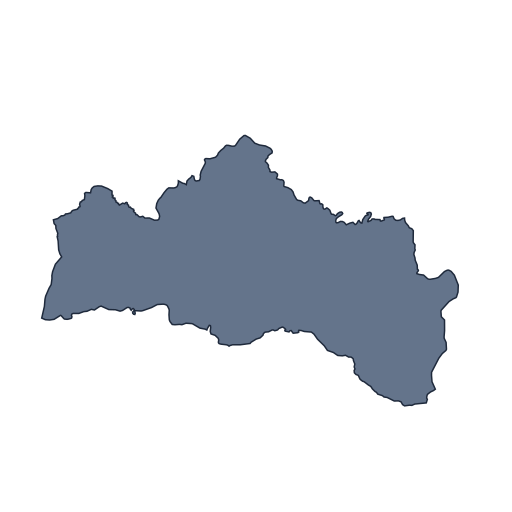 the district of Liquidoe, Aileu, East Timor, rotated 192°
{"feature_id": "22284137B83063719556593", "entity_name": "Liquidoe", "entity_type": "district", "adm_level": 2, "iso_a3": "TLS", "parent_name": "East Timor", "parent_adm1": "Aileu", "projection": "orthographic", "projection_center": [125.722, -8.733], "detail": "fine", "context": "isolated", "style": "filled", "palette": "slate", "viewbox_px": 512, "rotation_deg": 192, "n_neighbors": 0, "source": "geoboundaries", "source_scale": "gbopen_adm2", "svg_char_len": 6112}
<svg xmlns="http://www.w3.org/2000/svg" viewBox="0 0 512 512"><g transform="rotate(192 256 256)"><path d="M118.6,324.0L120.4,323.3L122.3,321.3L124.5,320.3L126.7,320.0L128.7,321.1L130.1,323.2L131.1,323.2L134.8,321.4L138.8,320.3L138.9,319.7L138.1,318.8L138.0,318.0L140.9,316.1L141.6,316.1L142.3,317.4L147.4,316.5L148.1,316.8L149.6,316.5L150.2,316.3L150.8,314.8L153.5,312.8L153.9,313.0L153.9,313.6L153.6,315.5L152.1,318.4L151.9,321.0L152.8,322.3L154.2,322.3L156.3,321.2L156.4,320.7L155.0,319.9L155.0,319.4L156.6,318.7L157.5,317.8L159.1,313.9L159.3,310.2L160.3,310.2L161.0,310.6L162.6,312.2L163.2,311.8L164.1,309.0L165.0,307.7L165.6,307.4L168.2,309.1L171.0,307.7L174.2,305.3L176.7,307.2L178.6,307.7L180.5,307.4L182.8,305.6L184.3,305.2L184.9,305.7L185.4,307.2L185.2,309.3L183.6,311.4L180.7,314.1L180.0,315.5L180.7,316.5L181.7,316.8L183.3,316.2L185.2,314.3L185.8,312.6L186.8,311.9L188.9,312.8L190.8,312.6L191.4,313.1L193.3,316.1L195.2,317.2L196.7,317.8L198.2,316.3L199.0,316.0L199.9,316.4L200.7,317.7L201.3,320.0L202.6,320.7L203.9,320.3L204.4,320.6L205.8,323.3L210.0,322.2L210.9,322.3L213.6,324.5L215.3,324.9L215.9,324.5L216.2,323.6L216.1,321.1L218.9,317.9L220.8,317.9L223.7,319.3L226.7,319.2L228.0,319.7L231.5,323.6L233.1,326.4L235.3,328.3L239.0,329.5L242.9,329.8L243.4,330.3L243.9,334.0L244.9,335.5L246.6,336.0L247.9,335.6L251.9,335.9L252.1,337.1L251.7,338.9L252.0,340.5L252.7,341.0L255.0,342.2L258.2,341.2L259.9,341.5L260.2,342.9L262.3,345.2L262.7,347.4L264.6,349.2L266.4,350.2L266.6,351.0L266.2,352.8L264.9,354.7L265.1,356.2L263.9,358.0L261.7,360.2L261.9,361.9L263.3,363.5L264.6,364.3L269.5,365.6L275.7,365.3L280.7,366.1L286.1,370.0L291.5,371.7L292.8,371.3L296.2,366.9L299.0,360.0L299.9,359.0L302.3,358.4L305.8,358.5L307.8,358.2L308.8,357.3L310.1,354.7L312.4,351.9L314.2,348.9L314.6,346.6L316.1,344.2L321.3,341.5L325.3,340.9L326.3,340.0L326.4,339.3L325.1,337.5L324.9,336.1L327.3,327.4L327.4,323.6L326.9,322.3L326.7,319.6L327.1,318.1L330.1,316.9L331.4,317.2L332.3,318.4L333.4,321.0L335.3,321.3L336.0,319.3L337.7,317.4L339.1,315.0L339.0,311.3L341.2,312.0L342.7,311.9L347.6,313.4L347.1,311.1L347.3,308.5L347.8,307.2L349.3,306.0L350.7,305.4L355.5,304.5L357.0,302.8L359.1,298.8L361.3,293.4L362.0,292.6L363.2,290.2L364.0,286.6L363.8,282.1L359.6,277.2L358.5,274.8L358.6,271.9L359.6,270.7L362.7,269.9L368.2,271.0L372.5,270.0L375.0,271.3L377.1,270.2L378.5,270.1L381.0,271.7L382.2,271.5L382.7,272.8L384.9,274.0L385.2,274.5L384.8,275.2L385.4,275.7L385.4,276.2L387.9,276.7L389.1,277.7L390.0,277.3L390.8,277.8L391.2,279.2L392.6,279.7L392.8,281.0L393.3,281.4L394.0,281.5L394.7,280.9L395.2,279.8L397.4,280.0L400.2,277.4L400.9,277.8L401.4,278.9L402.0,278.6L403.3,279.7L403.9,279.5L404.4,280.2L404.5,281.0L405.7,281.7L405.9,283.2L406.6,283.3L407.6,282.8L408.1,283.8L408.8,283.9L408.3,285.0L408.5,285.6L409.5,285.7L410.3,289.5L415.0,291.1L421.6,292.3L425.3,291.7L428.8,290.4L430.3,288.6L431.0,286.8L431.0,283.4L435.6,282.8L436.7,281.6L435.9,279.3L435.6,275.5L437.5,274.2L438.0,272.8L439.1,272.3L439.3,270.0L438.4,268.0L438.6,267.4L439.6,266.9L439.6,266.1L440.3,265.3L440.3,264.7L444.4,262.7L445.5,261.6L446.2,259.7L449.0,258.2L451.1,257.5L451.6,256.2L453.0,255.3L454.8,254.8L457.7,251.4L461.7,249.3L460.2,245.7L458.2,244.3L457.4,241.3L454.6,237.0L454.6,235.2L454.1,233.8L454.5,233.5L452.7,229.6L450.3,221.0L448.3,217.4L445.9,214.7L450.5,206.3L451.7,198.4L451.6,194.4L450.9,191.6L450.4,185.5L451.7,181.5L453.4,173.0L453.4,169.8L452.5,162.6L452.7,150.7L448.8,149.9L444.5,150.5L440.3,152.1L434.9,157.3L434.2,157.2L430.8,154.7L430.1,154.5L427.6,154.8L426.3,155.3L423.8,156.6L423.4,157.2L423.5,158.6L424.2,159.5L424.1,160.8L423.7,161.3L422.9,161.8L417.3,163.0L412.9,165.8L409.8,166.8L406.0,169.6L402.8,169.6L398.8,173.8L397.1,174.8L388.8,173.0L382.3,174.2L377.5,173.8L375.2,175.0L371.4,178.8L370.0,179.2L368.4,178.9L367.9,177.9L366.8,177.0L366.0,178.6L365.3,179.1L364.0,178.4L364.0,177.2L365.0,175.5L364.7,174.4L363.6,173.6L362.4,173.6L362.2,174.7L363.0,176.6L362.9,177.4L357.0,178.3L355.4,179.0L347.4,183.9L342.5,188.0L336.8,189.6L335.1,189.7L333.2,189.4L332.2,188.7L330.3,186.3L329.6,185.0L328.9,180.4L327.5,175.5L326.5,174.0L323.7,171.6L321.0,171.9L316.6,173.2L314.2,173.4L310.5,175.7L304.9,176.5L304.0,176.5L295.9,173.8L290.6,173.9L288.7,173.4L288.4,175.3L287.3,178.5L286.1,178.4L285.5,176.9L285.1,172.7L283.8,170.4L279.5,169.9L275.8,167.6L275.0,166.1L274.9,163.9L274.5,163.1L273.7,162.6L271.9,162.5L266.6,163.0L265.1,162.9L263.6,162.2L263.0,162.9L260.5,164.3L252.9,165.9L243.6,169.2L242.9,170.6L238.5,174.8L234.9,176.8L232.7,180.0L232.6,181.7L231.3,183.4L227.9,184.5L224.8,187.0L223.6,187.2L222.1,186.8L220.5,187.6L219.5,188.2L218.6,189.8L215.6,191.9L214.9,192.0L212.7,191.1L211.8,190.4L212.4,189.4L211.9,188.6L207.9,188.6L207.2,190.0L206.1,190.4L203.6,188.2L199.1,189.7L198.3,190.6L198.9,191.4L198.6,192.3L196.1,192.5L193.1,192.2L186.0,193.1L183.0,191.6L178.5,187.4L170.6,182.4L166.5,178.5L160.2,177.7L155.4,175.7L150.8,176.3L147.8,177.5L144.3,176.4L142.1,176.9L140.4,176.2L139.5,175.6L138.9,173.9L136.9,170.9L136.9,167.9L135.7,166.1L136.2,164.4L135.5,162.2L133.6,160.9L131.5,160.6L130.9,160.2L128.8,157.3L127.9,156.7L125.8,155.7L124.1,155.5L119.3,153.2L116.6,152.3L114.5,150.2L111.4,148.2L109.8,147.7L108.2,146.2L103.3,145.7L101.5,144.7L98.3,144.9L90.6,142.9L86.6,143.9L83.8,143.5L81.7,141.1L79.5,140.3L74.8,142.0L72.5,142.3L69.9,144.2L58.9,147.7L58.6,151.5L59.5,152.4L59.7,153.9L59.7,155.5L59.3,156.6L57.0,159.3L54.4,161.3L52.9,163.0L57.7,169.6L59.5,175.7L60.1,178.8L55.9,194.1L53.5,199.3L50.6,203.1L50.3,204.4L52.1,211.0L54.8,214.6L55.2,215.9L56.0,222.1L58.3,232.6L62.1,235.1L63.6,240.3L63.6,241.4L57.7,251.6L54.2,255.1L51.9,256.7L51.4,257.5L50.9,262.7L52.1,269.6L58.0,278.5L61.9,281.5L64.2,282.2L65.2,282.2L66.4,281.6L68.5,279.9L73.1,273.0L75.8,271.4L80.9,269.4L82.3,269.2L83.5,269.5L88.1,272.2L92.5,271.9L95.0,272.2L95.1,273.3L94.1,275.4L94.7,276.4L95.4,276.6L96.4,280.6L99.4,285.0L100.1,287.2L101.9,290.3L102.1,292.3L101.5,295.0L102.2,296.3L102.8,300.0L104.6,301.5L105.2,302.4L107.4,313.5L109.3,315.1L111.9,315.5L113.3,317.2L116.7,319.8L118.0,321.9L118.6,324.0Z" fill="#64748b" stroke="#1e293b" stroke-width="1.5"/></g></svg>